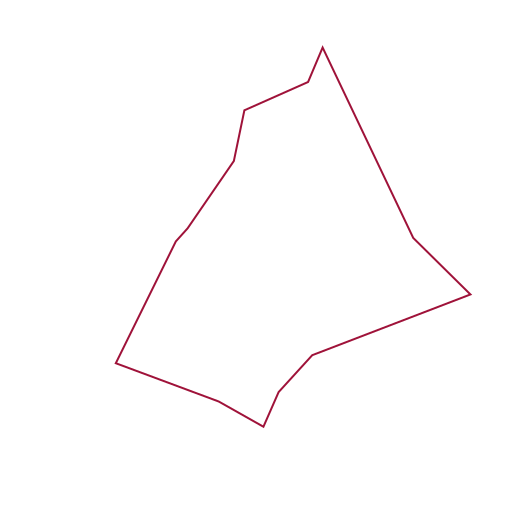 Hopewell, Virginia, United States of America (Natural Earth projection), rotated 153°
{"feature_id": "52423323B69617253106645", "entity_name": "Hopewell", "entity_type": "district", "adm_level": 2, "iso_a3": "USA", "parent_name": "United States of America", "parent_adm1": "Virginia", "projection": "natural_earth1", "projection_center": [-77.3, 37.288], "detail": "fine", "context": "isolated", "style": "outline", "palette": "rose", "viewbox_px": 512, "rotation_deg": 153, "n_neighbors": 0, "source": "geoboundaries", "source_scale": "gbopen_adm2", "svg_char_len": 332}
<svg xmlns="http://www.w3.org/2000/svg" viewBox="0 0 512 512"><g transform="rotate(153 256 256)"><path d="M82.4,124.4L107.7,200.7L102.0,411.5L130.6,387.4L200.2,391.1L232.6,350.7L304.4,311.7L320.8,305.4L429.6,224.1L355.3,143.3L326.9,100.5L297.6,124.5L250.9,142.1L82.4,124.4Z" fill="none" stroke="#9f1239" stroke-width="2"/></g></svg>